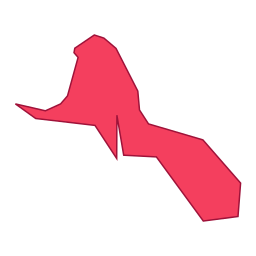 Kalawao, Hawaii, United States of America (Albers equal-area conic projection)
{"feature_id": "52423323B8965190317075", "entity_name": "Kalawao", "entity_type": "district", "adm_level": 2, "iso_a3": "USA", "parent_name": "United States of America", "parent_adm1": "Hawaii", "projection": "albers", "projection_center": [-156.961, 21.174], "detail": "fine", "context": "isolated", "style": "filled", "palette": "rose", "viewbox_px": 256, "rotation_deg": 0, "n_neighbors": 0, "source": "geoboundaries", "source_scale": "gbopen_adm2", "svg_char_len": 402}
<svg xmlns="http://www.w3.org/2000/svg" viewBox="0 0 256 256"><path d="M202.9,139.9L148.5,123.9L139.5,110.0L137.8,91.1L116.0,48.4L103.9,38.1L94.3,35.0L74.8,48.2L74.0,52.7L78.1,57.4L67.5,95.9L60.6,103.9L45.4,110.8L15.4,103.9L35.7,118.5L95.0,125.4L116.7,158.5L116.9,115.2L123.7,155.2L156.4,156.9L203.3,221.0L238.0,216.5L240.6,183.1L202.9,139.9Z" fill="#f43f5e" stroke="#9f1239" stroke-width="1.5"/></svg>